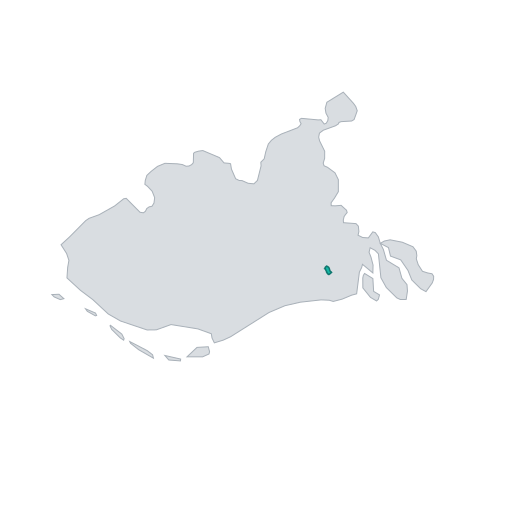 Albrandswaard, Zuid-Holland, Netherlands shown in context, rotated 227°
{"feature_id": "6326949B38585086995539", "entity_name": "Albrandswaard", "entity_type": "district", "adm_level": 2, "iso_a3": "NLD", "parent_name": "Netherlands", "parent_adm1": "Zuid-Holland", "projection": "orthographic", "projection_center": [4.441, 51.852], "detail": "fine", "context": "in_parent", "style": "filled", "palette": "teal", "viewbox_px": 512, "rotation_deg": 227, "n_neighbors": 0, "source": "geoboundaries", "source_scale": "gbopen_adm2", "svg_char_len": 4225}
<svg xmlns="http://www.w3.org/2000/svg" viewBox="0 0 512 512"><g transform="rotate(227 256 256)"><path d="M316.3,431.6L308.5,431.5L301.2,431.4L297.3,430.9L293.2,429.1L291.2,425.3L288.9,420.8L289.5,418.0L296.2,409.9L297.1,407.7L296.4,406.5L297.0,403.0L302.1,391.0L302.6,386.2L300.2,382.9L296.8,381.0L285.8,377.7L280.6,372.8L278.1,368.5L275.6,367.3L272.1,368.8L263.0,370.5L255.7,368.3L246.9,360.1L244.8,352.8L243.7,347.2L241.5,345.3L238.6,348.2L235.0,352.8L227.7,353.4L225.6,352.3L225.3,349.8L224.8,347.4L222.8,344.4L220.7,342.7L211.5,351.2L208.0,351.2L203.7,347.9L201.6,344.8L196.8,346.6L192.6,350.5L194.0,357.9L191.7,359.2L186.5,358.5L180.5,355.5L173.9,353.6L163.9,348.5L149.8,352.5L140.2,347.5L132.1,346.9L127.1,342.9L121.8,336.2L125.7,331.9L129.4,330.4L144.1,329.8L154.9,332.5L174.1,347.0L179.0,346.9L184.2,345.1L181.6,341.2L176.7,339.3L169.5,335.4L163.9,329.9L177.3,328.2L175.5,325.4L173.7,320.6L159.7,303.8L162.1,299.3L165.7,289.6L170.1,281.5L173.7,279.4L179.5,273.7L192.0,256.9L199.9,243.3L205.8,227.0L214.3,182.3L216.8,174.7L220.9,166.3L226.0,167.9L229.6,170.3L242.3,163.8L263.8,147.1L270.0,132.7L276.2,125.9L300.8,112.6L314.4,108.4L335.4,106.9L350.6,104.2L368.9,102.8L376.1,110.5L380.4,116.2L387.0,119.2L397.2,121.1L397.1,132.7L398.0,155.5L397.4,159.6L393.2,169.4L389.0,186.8L388.1,198.2L386.7,200.4L367.1,201.0L364.4,203.1L364.1,205.6L365.2,208.5L364.8,211.4L363.3,213.8L364.3,217.5L367.8,221.7L374.1,224.2L380.8,224.2L384.2,223.6L386.8,226.6L389.4,231.2L389.4,237.1L388.7,245.1L385.9,252.6L377.0,261.4L373.1,264.5L369.3,266.1L367.5,268.4L366.7,271.3L367.0,273.8L373.7,280.4L373.6,282.0L371.8,285.6L369.4,289.0L352.8,296.4L345.9,296.1L342.0,299.6L340.8,300.3L336.3,297.3L326.4,293.8L322.7,295.2L320.7,297.2L314.6,299.8L310.2,303.7L310.3,308.6L318.4,321.1L321.3,323.5L321.5,328.3L325.5,334.1L329.5,341.4L330.1,346.2L329.7,351.0L327.9,357.8L321.4,373.9L321.4,376.9L322.0,379.2L324.4,379.8L326.2,381.0L325.7,383.1L313.0,394.4L311.4,396.4L306.0,395.9L305.2,397.8L306.0,400.8L308.1,403.3L312.8,404.6L316.8,407.3L320.1,412.7L316.3,431.6ZM180.5,355.5L179.4,360.1L176.4,365.1L166.3,372.4L155.7,377.1L150.3,376.5L146.6,373.9L144.6,371.3L139.0,368.7L131.3,367.3L126.5,370.0L123.0,372.6L120.0,372.1L117.8,369.9L116.1,366.5L114.0,356.0L119.8,354.1L132.2,353.6L141.8,357.3L154.5,359.2L164.2,354.3L171.8,358.6L180.5,355.5ZM159.8,312.4L167.1,319.1L168.6,321.3L169.2,323.5L159.8,326.1L149.9,317.9L143.3,319.8L140.9,315.9L140.9,313.5L147.7,311.5L159.8,312.4ZM229.4,150.5L222.2,159.2L217.7,156.8L216.4,154.8L218.7,148.1L229.3,136.8L229.4,150.5ZM261.0,111.9L254.3,113.0L251.2,111.3L267.4,106.3L277.7,104.7L279.6,105.3L261.0,111.9ZM304.6,102.3L290.4,104.6L285.5,103.2L284.7,101.8L288.6,100.9L300.7,100.4L304.5,101.6L304.6,102.3ZM245.4,121.5L232.0,130.6L230.8,129.2L239.4,121.3L245.4,121.5ZM362.4,85.8L355.8,86.4L357.6,83.1L363.7,80.5L367.0,80.4L362.4,85.8ZM333.7,95.3L323.7,99.7L321.2,98.9L321.8,97.7L330.6,94.9L333.7,95.3Z" fill="#d9dde1" stroke="#a8b0b8" stroke-width="1"/><path d="M199.8,297.6L199.5,297.7L199.4,297.7L199.1,297.7L198.9,297.7L198.7,297.7L198.4,297.6L198.1,297.5L197.8,297.3L197.7,297.3L197.2,297.2L196.9,297.1L196.7,297.0L196.5,296.9L196.3,296.8L196.2,296.7L196.0,296.8L195.9,296.7L195.7,296.6L195.4,296.5L195.3,296.4L195.2,296.4L194.9,296.4L194.9,296.5L194.7,296.5L194.5,296.4L194.4,296.4L194.2,296.3L193.9,296.3L193.7,296.4L193.4,296.4L193.2,296.4L193.2,296.5L192.9,296.8L192.8,297.1L192.7,297.1L192.7,297.4L192.6,297.5L192.6,297.8L192.5,298.0L192.5,298.3L192.6,298.5L192.5,298.8L192.5,299.2L192.5,299.3L192.5,299.5L192.5,300.1L192.8,300.1L193.0,300.1L193.3,300.1L193.5,300.0L193.8,300.0L194.0,300.0L194.3,299.9L194.5,299.9L194.6,300.0L194.8,300.0L195.0,300.1L195.3,300.2L195.4,300.3L195.5,300.3L195.8,300.5L196.0,300.6L196.7,301.0L197.0,301.1L197.3,301.2L197.5,301.3L197.8,301.3L198.1,301.4L198.3,301.3L198.6,301.3L198.8,301.3L199.0,301.3L199.1,301.2L199.3,301.2L199.5,301.1L199.9,301.0L200.1,300.9L200.3,300.9L200.5,300.7L200.5,300.4L200.5,300.2L200.5,299.9L200.5,299.6L200.4,299.4L200.3,299.2L200.5,299.1L200.5,298.9L200.4,298.9L200.2,298.8L200.2,298.7L199.9,298.6L199.8,298.4L199.8,298.2L199.7,298.0L199.8,298.0L199.8,297.9L199.8,297.7L199.8,297.6Z" fill="#14b8a6" stroke="#0f766e" stroke-width="1.5"/></g></svg>